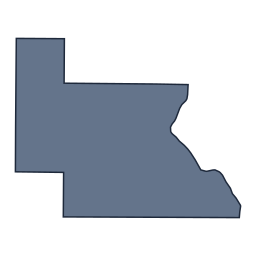 Louisa, Iowa, United States of America (Robinson projection)
{"feature_id": "52423323B44101678626651", "entity_name": "Louisa", "entity_type": "district", "adm_level": 2, "iso_a3": "USA", "parent_name": "United States of America", "parent_adm1": "Iowa", "projection": "robinson", "projection_center": [-91.114, 41.248], "detail": "fine", "context": "isolated", "style": "filled", "palette": "slate", "viewbox_px": 256, "rotation_deg": 0, "n_neighbors": 0, "source": "geoboundaries", "source_scale": "gbopen_adm2", "svg_char_len": 644}
<svg xmlns="http://www.w3.org/2000/svg" viewBox="0 0 256 256"><path d="M16.3,38.4L15.6,127.3L15.4,171.8L63.6,172.4L63.3,216.9L239.3,217.6L239.8,211.6L240.6,206.4L240.5,205.4L236.0,198.0L232.4,193.7L230.4,188.3L226.0,181.9L222.5,175.2L220.3,172.7L219.0,171.7L215.0,169.9L212.9,170.0L206.8,171.3L205.6,171.2L200.8,169.9L195.2,159.9L190.7,152.9L187.7,149.0L184.2,145.3L179.3,141.1L176.1,137.1L172.4,134.0L171.3,132.7L170.7,131.5L170.5,127.1L172.1,124.0L174.6,120.9L175.9,118.4L179.7,108.3L181.9,104.5L185.8,100.7L186.9,98.8L187.6,94.7L188.1,84.6L154.8,84.0L64.1,83.2L64.4,38.7L16.3,38.4Z" fill="#64748b" stroke="#1e293b" stroke-width="1.5"/></svg>